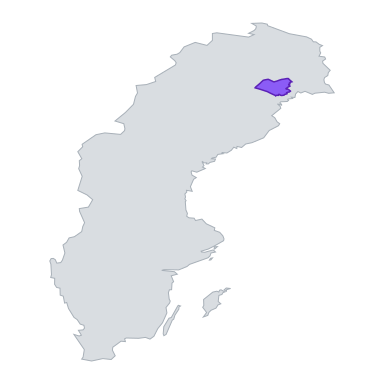 Boden, Norrbotten, Sweden (highlighted)
{"feature_id": "70781695B99694780009800", "entity_name": "Boden", "entity_type": "district", "adm_level": 2, "iso_a3": "SWE", "parent_name": "Sweden", "parent_adm1": "Norrbotten", "projection": "equal_earth", "projection_center": [21.596, 66.055], "detail": "fine", "context": "in_parent", "style": "filled", "palette": "violet", "viewbox_px": 384, "rotation_deg": 0, "n_neighbors": 0, "source": "geoboundaries", "source_scale": "gbopen_adm2", "svg_char_len": 5083}
<svg xmlns="http://www.w3.org/2000/svg" viewBox="0 0 384 384"><path d="M55.3,259.7L56.8,263.1L60.7,262.6L62.4,260.2L64.9,253.0L63.0,245.0L66.6,242.3L69.1,237.9L74.4,236.7L81.7,231.6L82.8,226.5L84.6,222.7L79.6,211.4L79.3,208.6L88.4,207.1L92.7,199.7L87.0,194.9L77.8,190.4L82.2,176.3L78.7,168.7L79.6,165.6L79.3,160.7L81.8,158.7L77.8,151.7L82.7,146.8L82.1,144.3L96.0,134.7L104.8,132.9L120.6,134.4L124.6,130.6L124.9,128.5L123.8,123.7L115.0,121.0L125.4,112.5L133.5,104.3L135.5,96.4L137.5,93.0L136.1,85.5L146.4,84.6L155.7,81.5L154.7,77.4L175.4,65.0L176.2,62.8L174.8,60.7L170.3,56.9L171.7,55.2L177.1,54.2L179.8,52.6L184.1,46.9L195.2,42.4L207.0,45.4L212.4,40.4L212.4,33.5L216.8,32.8L248.6,37.1L254.1,34.6L248.6,33.3L254.1,30.5L255.7,28.9L256.3,26.9L256.1,25.9L251.8,23.4L261.9,23.0L267.3,24.2L267.7,25.7L289.3,33.7L306.6,36.9L311.5,39.2L313.3,41.8L316.0,41.9L319.2,44.3L322.5,45.6L319.8,47.3L319.8,51.1L320.7,52.9L319.0,56.2L324.7,57.0L325.6,59.0L322.6,61.1L322.9,63.3L330.2,70.3L328.3,72.6L327.8,75.5L324.5,77.6L323.9,79.8L324.5,82.7L325.6,84.1L328.9,85.0L334.2,92.8L328.7,93.3L324.6,92.2L314.9,93.2L312.4,94.4L305.0,91.3L300.8,93.0L297.9,91.5L295.6,94.0L294.9,97.5L291.4,97.2L292.7,98.5L288.0,99.0L287.7,99.5L288.6,100.4L287.2,101.5L280.7,101.8L279.8,103.0L281.6,104.3L281.6,105.2L277.4,103.9L280.2,106.4L280.8,108.3L271.7,115.7L274.7,117.6L277.1,121.8L279.7,123.7L278.5,125.7L269.2,130.5L263.7,137.8L251.9,142.7L245.7,144.0L241.6,147.5L237.0,146.4L236.8,148.5L233.8,147.2L231.3,150.3L226.9,153.0L222.3,152.5L221.8,153.0L223.2,153.7L217.8,154.4L216.1,157.2L212.1,158.0L211.4,158.8L215.5,159.0L214.6,161.3L210.0,162.4L208.3,163.9L206.2,163.9L206.7,162.8L203.6,162.8L202.7,161.5L202.1,161.9L204.0,165.6L202.5,167.1L205.3,168.5L196.8,172.2L191.8,170.8L191.1,171.9L192.0,175.1L196.3,177.6L193.6,179.3L190.4,186.7L192.2,191.3L186.5,190.3L186.8,192.0L184.9,194.0L185.5,197.0L184.9,198.9L186.1,200.7L185.3,201.6L185.9,209.9L187.4,213.4L186.7,216.3L189.0,217.8L194.1,218.2L195.5,220.5L201.9,219.1L206.3,223.8L214.8,227.8L214.3,230.4L219.7,232.3L222.9,235.9L224.0,238.9L223.6,240.7L214.8,245.7L208.1,249.1L201.1,251.2L201.5,252.0L204.8,252.3L213.2,249.9L215.5,252.0L211.0,253.0L210.0,255.9L208.0,257.8L189.5,264.4L187.0,266.5L178.7,269.9L164.0,269.6L161.7,270.4L174.4,271.7L177.3,274.2L171.2,275.8L173.6,281.7L172.0,283.1L171.6,289.7L169.4,289.8L168.4,292.6L169.2,299.2L170.2,301.0L169.6,303.0L166.0,307.5L166.9,312.9L162.5,322.8L157.8,328.6L153.9,336.3L150.0,339.1L145.5,337.4L138.6,338.3L126.2,338.0L124.6,338.8L125.4,341.6L121.0,341.2L112.8,347.2L112.4,350.2L115.2,355.8L111.2,359.5L102.8,358.6L91.6,361.0L81.7,359.1L83.1,357.1L84.3,349.6L73.9,334.4L79.1,336.0L81.4,335.2L78.4,330.3L83.0,329.9L84.5,328.2L83.9,325.3L80.2,324.1L77.2,319.6L74.0,317.4L68.5,308.5L66.7,302.5L64.6,303.1L63.3,296.2L60.2,295.1L60.0,288.2L56.6,287.4L54.6,284.3L54.7,278.3L50.7,277.5L51.5,274.7L50.9,264.2L49.8,261.0L51.1,258.6L53.3,258.4L55.3,259.7ZM224.9,291.9L223.0,292.6L221.9,294.5L218.9,295.4L218.2,301.5L220.8,303.8L218.0,304.9L216.0,308.1L211.0,310.3L208.9,312.4L207.8,315.4L203.3,317.0L206.6,312.5L202.7,307.3L203.8,305.5L203.6,299.5L212.8,292.1L216.9,291.2L218.8,292.0L219.6,290.2L221.0,289.8L224.9,291.9ZM166.1,334.4L163.9,335.7L163.2,333.9L163.8,326.7L169.0,318.2L171.3,317.5L177.7,306.0L178.4,305.3L180.5,306.0L178.9,307.1L178.9,309.1L174.9,315.2L173.7,319.2L172.3,320.1L166.1,334.4ZM226.7,289.6L226.3,291.3L224.1,289.9L226.2,288.0L230.6,288.5L226.7,289.6ZM217.4,246.6L214.6,249.1L214.0,248.1L214.7,246.8L217.4,246.6ZM210.9,259.9L209.4,260.1L210.5,258.3L212.5,257.9L210.9,259.9Z" fill="#d9dde1" stroke="#a8b0b8" stroke-width="1"/><path d="M288.4,78.6L287.9,78.6L287.3,78.5L286.5,78.6L285.1,78.9L283.3,79.2L281.7,79.4L279.1,80.2L277.9,80.7L276.5,81.2L275.6,81.4L274.9,81.6L274.6,81.8L273.8,81.8L273.6,81.7L273.1,81.6L272.3,81.1L271.2,80.7L270.5,80.3L269.3,79.8L268.7,79.5L268.1,79.3L267.0,79.5L266.3,79.6L265.3,79.8L264.3,80.0L263.2,80.3L262.4,81.1L261.5,81.8L260.6,82.8L258.2,84.9L255.8,86.9L255.1,87.8L256.2,88.2L257.9,88.6L260.2,89.3L262.4,90.0L264.8,90.8L267.3,91.6L270.4,93.2L273.2,94.5L275.0,95.3L275.5,95.7L275.7,95.9L276.0,95.5L276.6,95.3L277.4,95.3L277.7,95.3L278.3,95.4L278.6,95.3L278.6,95.0L278.5,94.7L278.7,94.4L279.2,94.4L279.7,94.5L280.0,94.8L280.3,95.0L280.6,95.3L281.1,95.4L281.7,95.5L282.4,95.4L283.2,95.3L283.8,95.2L284.4,94.9L284.5,94.5L285.6,94.2L286.1,94.0L286.9,93.9L287.1,93.5L287.0,93.2L286.6,92.9L286.6,92.7L287.0,92.5L288.3,92.1L288.8,92.1L289.3,92.0L289.6,91.8L289.8,91.6L290.3,91.3L290.4,91.2L290.1,91.0L289.9,90.8L290.0,90.7L289.7,90.5L289.4,90.2L289.1,89.9L288.6,89.5L288.1,89.3L287.6,89.2L287.0,89.1L286.4,89.1L286.1,88.9L286.0,88.6L286.3,88.3L286.9,88.0L287.7,87.5L287.9,87.2L288.3,86.9L289.4,86.5L289.7,86.3L290.0,86.1L289.9,85.9L289.5,85.7L289.1,85.4L289.0,85.1L288.7,84.8L288.7,84.6L289.3,84.4L289.6,84.3L289.8,84.0L289.9,83.8L289.5,83.5L289.3,83.2L289.6,82.8L290.0,82.6L290.3,82.5L290.4,82.3L290.5,82.0L291.0,82.0L291.6,81.9L291.9,81.8L291.0,81.0L289.9,80.2L289.6,79.7L289.3,79.5L288.9,79.2L288.4,78.9L288.4,78.6Z" fill="#8b5cf6" stroke="#5b21b6" stroke-width="1.5"/></svg>